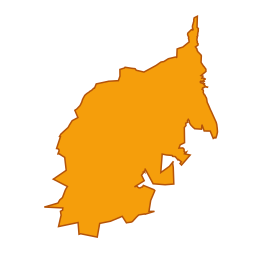 the district of Ramos Arizpe, Coahuila, Mexico, rotated 266°
{"feature_id": "50627088B1488755030545", "entity_name": "Ramos Arizpe", "entity_type": "district", "adm_level": 2, "iso_a3": "MEX", "parent_name": "Mexico", "parent_adm1": "Coahuila", "projection": "natural_earth1", "projection_center": [-101.014, 25.924], "detail": "fine", "context": "isolated", "style": "filled", "palette": "amber", "viewbox_px": 256, "rotation_deg": 266, "n_neighbors": 0, "source": "geoboundaries", "source_scale": "gbopen_adm2", "svg_char_len": 5185}
<svg xmlns="http://www.w3.org/2000/svg" viewBox="0 0 256 256"><g transform="rotate(266 128 128)"><path d="M171.2,209.0L171.2,208.9L171.4,208.7L171.5,208.4L171.6,208.2L171.8,208.0L171.8,207.9L172.0,207.7L172.2,207.4L172.2,207.2L172.3,207.1L172.3,206.8L172.4,206.6L172.5,206.6L172.6,206.0L172.7,205.9L172.6,205.3L174.0,206.2L174.5,206.4L175.2,204.5L179.0,209.7L181.3,209.8L182.2,209.2L182.4,209.0L183.6,208.4L184.2,207.7L184.5,207.7L185.0,207.3L187.4,206.0L187.8,205.7L188.4,205.5L188.8,205.5L194.8,206.2L195.4,205.9L195.6,206.0L197.1,204.8L199.1,203.1L199.7,202.7L200.1,202.7L200.4,202.4L200.8,202.3L201.2,202.4L201.9,202.2L202.3,202.2L203.4,201.4L204.2,200.9L205.8,203.6L206.9,203.8L207.1,203.8L207.3,203.7L207.5,203.6L207.7,203.3L208.4,203.0L208.7,203.1L209.5,203.2L210.5,202.9L210.9,202.9L211.4,202.9L211.9,203.0L213.2,203.3L213.4,203.4L213.6,203.4L213.9,203.3L214.3,203.2L214.8,203.6L215.0,204.0L216.9,204.0L217.8,204.3L218.6,204.4L218.8,204.5L219.2,204.7L219.5,204.8L220.2,204.9L220.7,204.9L221.1,204.9L221.9,205.0L222.1,205.1L222.3,205.1L223.7,203.9L234.7,205.0L233.3,201.7L232.4,201.4L231.8,201.2L229.9,201.1L229.5,200.9L229.1,200.8L228.7,200.6L228.3,200.5L227.8,200.3L227.4,200.2L227.1,200.1L226.7,199.9L226.4,199.8L226.0,199.6L225.3,199.5L225.0,199.4L224.6,199.3L224.3,199.3L224.1,199.3L223.8,199.4L223.3,199.4L222.1,199.7L221.8,199.8L221.7,199.8L221.4,199.7L221.3,199.4L221.3,199.1L221.3,198.9L221.5,198.7L221.7,198.4L221.8,198.2L218.5,194.3L218.0,194.1L217.5,194.1L217.3,194.0L216.7,194.0L216.0,194.3L215.6,194.4L215.3,194.5L214.8,194.8L214.5,194.9L214.3,194.9L214.0,194.8L213.8,194.7L213.6,194.6L213.0,194.6L212.4,194.8L212.0,194.9L211.7,194.9L211.4,194.9L211.2,194.9L210.2,195.0L209.6,195.0L204.9,188.3L204.2,185.1L203.4,182.5L195.3,181.6L195.0,181.4L195.5,180.3L194.3,173.1L191.8,168.4L191.5,165.5L188.4,160.3L182.7,147.8L185.0,140.4L185.1,140.2L186.1,139.6L186.6,139.3L186.8,138.7L187.0,137.4L187.3,135.8L188.8,129.3L188.1,128.6L187.0,124.0L180.3,123.6L175.9,121.7L176.0,112.0L175.9,111.4L174.2,99.4L170.0,97.3L170.1,96.6L168.5,94.8L167.9,93.9L167.3,92.6L166.5,91.6L165.4,89.6L164.8,88.7L164.6,88.5L163.8,87.4L162.9,86.7L162.2,86.3L161.4,85.7L161.2,85.6L160.3,85.1L159.7,84.7L156.9,83.6L153.7,81.7L150.4,78.1L149.4,76.2L144.1,78.0L141.9,78.8L139.2,72.8L135.2,69.9L132.7,68.3L126.7,60.7L124.3,59.1L124.0,60.0L112.5,55.3L112.3,56.2L111.8,57.2L110.8,57.7L109.6,57.5L108.6,57.0L107.6,56.5L107.0,56.3L107.0,56.5L107.1,56.8L107.2,57.0L107.1,57.4L107.0,57.5L106.8,57.9L106.8,58.0L106.6,58.0L105.8,59.2L103.1,62.8L94.5,63.2L90.1,63.4L88.3,60.4L86.9,58.0L82.2,49.9L73.9,63.5L71.4,61.7L71.2,61.6L70.7,61.3L70.4,61.1L63.2,57.8L61.0,54.9L58.0,52.9L55.0,39.0L52.8,57.4L50.6,57.0L49.6,54.8L45.7,55.2L34.5,51.8L37.2,71.6L25.4,71.7L25.8,73.4L21.3,89.7L34.8,93.1L36.2,104.0L40.3,116.1L33.5,119.8L33.6,120.4L33.9,124.6L34.4,125.9L38.6,130.3L40.5,132.6L41.1,138.7L40.8,139.0L43.0,148.6L43.4,143.1L54.2,145.6L63.7,150.4L64.7,149.5L69.7,139.3L68.2,138.3L68.1,137.3L67.5,136.3L67.4,135.3L67.5,134.8L67.8,134.3L68.3,133.7L69.5,132.7L68.8,130.3L74.3,140.5L80.0,138.2L82.1,140.1L83.0,140.1L83.1,141.1L82.7,141.6L84.0,141.4L84.4,142.4L86.4,142.0L70.6,149.2L68.8,161.1L68.9,169.8L85.5,170.4L90.0,170.1L91.6,171.0L86.8,166.6L84.4,162.7L83.1,160.6L81.3,157.6L99.6,160.3L98.4,164.6L98.0,167.2L97.5,170.2L97.3,170.3L96.8,170.5L96.6,170.5L96.1,173.2L92.7,175.6L93.1,176.0L90.6,178.9L89.0,177.4L87.3,178.8L92.0,183.5L96.7,188.1L97.1,186.8L98.0,183.4L99.9,184.6L99.0,182.7L100.1,183.1L100.6,182.3L102.3,182.5L102.8,182.4L103.1,182.4L104.3,181.3L104.4,177.4L107.6,178.9L109.4,183.4L124.4,184.2L124.6,184.2L126.4,186.0L128.7,185.9L129.6,188.0L131.0,187.7L132.4,188.7L131.0,189.6L128.9,189.7L128.0,190.2L127.0,190.6L124.3,192.8L123.4,193.8L122.7,194.3L122.5,195.4L121.7,201.3L126.2,202.0L119.7,203.8L119.3,208.6L119.2,209.8L111.6,212.3L112.2,213.5L112.4,213.9L112.5,214.0L112.0,214.3L112.1,215.1L112.4,215.2L115.0,216.2L117.8,217.0L121.5,217.0L123.1,216.9L125.2,216.8L127.4,216.4L134.4,213.8L138.5,212.3L140.2,211.6L146.0,209.6L148.0,208.8L152.3,208.4L153.9,207.6L154.2,207.4L155.3,207.1L155.5,207.0L156.0,206.3L156.5,206.1L156.8,206.1L157.2,205.9L158.1,205.5L159.0,205.7L160.1,205.8L161.0,205.4L161.4,204.6L162.0,204.9L162.1,205.0L162.4,205.5L162.6,205.7L162.8,205.9L163.0,206.3L163.1,206.1L163.3,206.6L163.4,207.0L163.5,207.6L163.8,207.7L163.8,207.8L163.8,208.0L163.4,209.1L163.1,210.1L163.3,210.2L163.5,209.5L163.7,208.9L163.9,208.3L164.0,208.1L164.2,207.9L164.3,207.9L164.6,207.8L164.8,207.7L165.1,207.7L165.3,207.6L165.5,207.5L165.6,207.4L165.7,207.2L166.0,206.6L166.2,206.1L166.2,206.3L166.0,206.8L166.8,207.2L166.8,206.9L167.0,206.2L167.2,205.8L167.3,205.7L167.4,205.3L167.7,204.8L168.3,203.4L168.5,203.4L168.9,203.4L169.1,203.4L169.3,203.4L169.4,203.5L169.5,203.6L169.6,203.9L169.6,204.0L169.5,204.3L169.5,204.6L169.4,204.9L169.2,205.4L169.2,205.5L168.6,206.6L168.9,207.0L169.0,207.1L169.1,206.8L169.2,206.7L169.5,206.0L169.7,206.4L169.8,206.4L169.8,206.5L169.7,206.7L169.8,206.7L170.0,206.9L170.0,207.0L170.3,207.1L170.5,207.2L170.6,207.3L171.1,207.3L171.1,207.6L171.2,207.8L171.2,208.2L171.3,208.3L171.3,208.7L171.2,208.8L171.2,209.0Z" fill="#f59e0b" stroke="#b45309" stroke-width="1.5"/></g></svg>